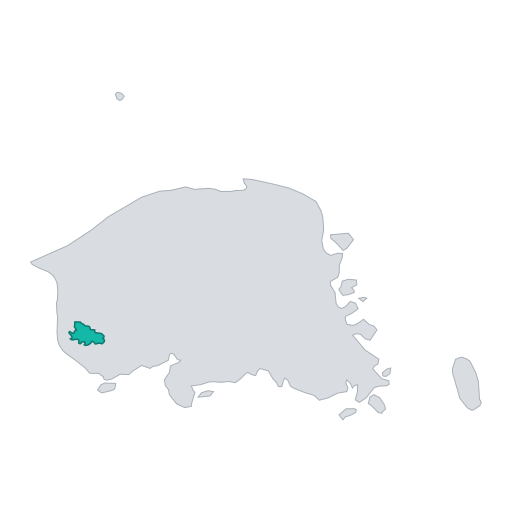 location of Pocheon-si, Gyeonggi, South Korea, rotated 270°
{"feature_id": "91817680B75483661313195", "entity_name": "Pocheon-si", "entity_type": "district", "adm_level": 2, "iso_a3": "KOR", "parent_name": "South Korea", "parent_adm1": "Gyeonggi", "projection": "orthographic", "projection_center": [127.227, 37.957], "detail": "fine", "context": "in_parent", "style": "filled", "palette": "teal", "viewbox_px": 512, "rotation_deg": 270, "n_neighbors": 0, "source": "geoboundaries", "source_scale": "gbopen_adm2", "svg_char_len": 4562}
<svg xmlns="http://www.w3.org/2000/svg" viewBox="0 0 512 512"><g transform="rotate(270 256 256)"><path d="M136.5,101.0L138.5,99.5L138.6,97.2L138.7,89.8L144.5,84.7L152.7,74.2L156.7,68.4L161.2,63.0L166.5,59.4L171.7,57.7L179.8,57.0L195.4,57.6L198.4,57.0L209.3,56.4L211.8,57.3L219.7,57.9L228.4,57.1L232.8,55.5L236.8,52.8L240.3,48.0L243.9,39.1L247.7,32.0L250.0,30.7L266.4,67.7L282.1,91.5L295.5,108.7L314.9,141.8L320.8,159.6L321.6,170.6L325.1,185.8L322.6,194.6L323.7,208.4L322.7,215.5L320.5,220.8L320.6,230.8L321.5,236.2L321.7,243.3L323.3,246.0L325.5,247.0L328.9,244.3L333.1,243.1L332.6,251.7L327.9,273.4L323.8,289.3L318.0,303.1L310.5,315.9L301.2,321.0L294.7,322.8L282.2,323.7L271.7,321.7L262.8,323.4L259.2,326.1L256.6,330.6L258.7,337.5L258.5,342.6L254.6,342.3L247.0,339.4L238.5,339.1L234.6,337.6L230.5,330.3L226.5,330.6L219.5,335.0L208.7,336.1L204.9,338.4L203.6,341.5L205.2,345.3L210.6,350.4L208.8,355.5L203.2,358.1L198.6,351.8L195.7,345.6L192.5,345.3L187.5,347.1L186.6,353.7L188.9,358.2L192.7,363.5L187.4,369.5L186.0,373.8L182.1,377.0L171.8,370.1L173.2,365.2L177.7,360.5L178.3,355.6L176.8,352.7L162.0,365.0L152.8,378.9L148.0,377.9L145.9,374.3L143.1,372.8L133.2,381.8L131.3,388.9L127.7,389.1L126.1,386.1L126.0,379.7L124.4,374.2L114.2,366.2L109.6,359.2L112.2,355.3L120.6,357.5L127.4,357.3L126.1,354.0L123.9,352.4L128.4,350.6L132.2,346.8L129.1,345.8L124.3,347.9L120.4,346.8L118.9,337.7L114.2,328.4L111.8,319.3L116.6,314.1L119.0,306.0L123.5,294.3L125.7,290.6L131.8,287.8L134.0,284.8L130.7,283.2L125.4,281.8L125.5,278.4L129.2,276.6L133.2,272.9L141.1,268.4L143.5,259.9L141.3,257.7L136.4,255.6L137.5,251.3L139.6,248.0L138.8,246.1L133.1,240.4L129.3,235.3L130.5,229.5L129.7,220.8L130.3,213.4L130.1,209.4L127.3,200.4L126.1,191.4L122.5,192.7L119.5,194.9L109.0,191.7L105.7,191.4L104.4,184.7L108.3,176.5L117.3,169.4L122.4,168.5L126.3,165.4L132.3,164.4L139.5,169.4L146.0,170.4L149.6,178.9L151.8,180.7L152.3,177.6L157.6,174.0L158.8,171.2L157.7,169.7L151.7,168.2L146.3,157.6L145.6,153.0L143.6,150.0L146.6,141.6L140.4,131.9L137.4,128.9L137.8,120.2L134.6,114.7L132.9,111.7L131.8,106.4L132.7,104.1L135.6,103.2L136.5,101.0ZM112.8,479.5L109.7,481.3L106.8,480.1L106.0,479.3L102.6,474.5L101.7,472.0L104.1,467.4L113.7,459.9L138.6,452.7L143.1,452.4L152.8,455.6L154.9,461.5L153.1,466.6L150.8,470.0L139.4,475.7L130.6,478.4L112.8,479.5ZM278.8,348.3L272.4,353.5L263.7,346.8L261.6,343.0L268.1,337.3L273.6,330.9L277.2,330.5L278.8,348.3ZM232.7,348.3L232.0,356.4L227.2,356.8L224.3,351.6L221.2,354.2L219.6,354.3L217.2,347.8L216.7,342.7L222.4,338.8L225.8,341.1L230.8,342.2L232.7,348.3ZM107.3,384.3L102.9,385.5L100.4,382.6L98.7,381.9L99.7,378.1L106.9,370.8L108.4,368.3L114.9,369.9L117.4,373.8L114.3,379.7L107.3,384.3ZM129.0,104.7L128.6,115.7L125.0,115.2L122.5,114.1L121.5,111.9L119.1,101.7L121.9,97.5L127.2,100.9L129.0,104.7ZM103.3,354.3L102.4,356.3L99.4,355.7L96.5,349.9L95.2,345.4L92.2,342.9L97.1,339.0L103.2,346.1L103.3,354.3ZM121.3,208.1L120.4,213.5L116.0,209.9L114.8,198.1L119.3,201.6L121.3,208.1ZM418.7,121.6L415.8,124.2L412.2,121.8L411.7,119.2L413.4,116.9L417.7,115.4L419.8,117.3L418.7,121.6ZM142.9,386.8L144.0,390.7L138.5,390.0L135.6,386.1L136.0,382.9L139.3,382.4L142.9,386.8ZM214.6,364.2L213.8,366.8L210.4,362.9L213.7,358.7L214.6,364.2Z" fill="#d9dde1" stroke="#a8b0b8" stroke-width="1"/><path d="M190.1,74.9L186.9,74.7L185.6,74.4L184.5,74.7L182.8,76.2L181.9,76.5L181.6,75.3L180.5,74.3L179.3,74.1L178.7,73.5L179.2,71.6L180.0,70.7L180.4,69.5L179.2,68.9L178.2,69.7L176.4,71.3L174.9,72.1L174.2,72.1L173.8,71.5L173.2,70.6L173.1,70.4L172.8,70.9L172.3,71.3L172.2,71.7L172.3,72.8L172.1,73.1L172.3,73.9L172.6,74.3L172.7,76.0L172.6,77.3L172.7,77.8L172.2,78.7L170.6,79.0L169.9,78.8L169.2,78.6L168.6,79.0L168.3,80.1L168.5,80.9L170.0,81.5L170.1,82.5L170.1,83.8L170.2,84.6L169.9,85.0L168.1,84.8L167.2,84.2L166.6,85.4L166.7,86.3L167.1,88.1L168.2,89.8L169.0,90.8L169.4,91.1L170.4,91.4L170.6,92.1L170.4,92.8L169.9,93.7L169.2,94.3L168.8,94.8L168.1,95.1L168.1,96.2L168.2,96.6L168.5,97.0L168.6,97.7L168.6,98.2L168.8,98.8L168.8,99.3L168.7,100.1L168.6,100.8L168.3,101.4L168.2,101.9L168.4,102.3L169.0,102.7L169.3,103.5L170.0,103.9L170.2,104.1L171.0,104.4L172.1,104.3L173.0,103.7L173.2,103.0L173.6,102.8L174.9,104.0L176.0,104.0L176.8,103.1L177.3,102.7L178.0,102.0L178.4,101.3L178.7,100.3L178.8,99.2L178.9,98.3L179.2,96.1L179.6,95.1L180.1,94.9L182.2,94.6L182.2,91.1L182.7,90.3L183.3,90.2L184.0,90.0L184.9,89.7L185.3,89.4L185.8,88.5L186.0,87.5L186.0,86.4L186.0,85.5L186.4,84.8L186.9,84.4L187.8,83.4L188.0,82.5L188.6,81.6L189.9,80.4L190.1,76.1L190.1,74.9Z" fill="#14b8a6" stroke="#0f766e" stroke-width="1.5"/></g></svg>